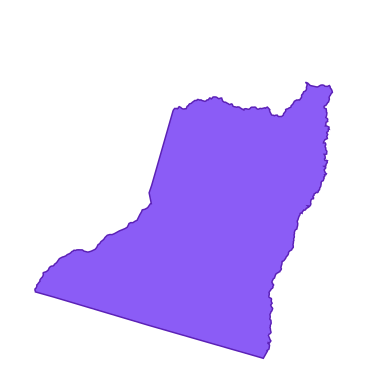 the district of Amarante do Maranhão, Maranhão, Brazil, rotated 196°
{"feature_id": "56859067B54361622424069", "entity_name": "Amarante do Maranhão", "entity_type": "district", "adm_level": 2, "iso_a3": "BRA", "parent_name": "Brazil", "parent_adm1": "Maranhão", "projection": "mercator", "projection_center": [-46.679, -5.381], "detail": "fine", "context": "isolated", "style": "filled", "palette": "violet", "viewbox_px": 384, "rotation_deg": 196, "n_neighbors": 0, "source": "geoboundaries", "source_scale": "gbopen_adm2", "svg_char_len": 5829}
<svg xmlns="http://www.w3.org/2000/svg" viewBox="0 0 384 384"><g transform="rotate(196 192 192)"><path d="M80.8,90.5L81.9,90.9L82.3,91.6L82.2,92.4L82.5,93.9L83.4,95.8L83.1,96.9L83.0,98.7L82.5,99.6L82.3,102.1L82.8,102.8L83.7,103.3L85.2,105.0L84.3,107.2L85.5,108.4L85.9,109.6L86.0,110.8L86.4,111.5L87.4,111.6L88.1,111.9L89.1,112.2L89.5,113.2L89.4,114.3L89.7,115.6L90.3,116.8L89.8,118.3L89.3,119.5L89.0,120.7L88.1,121.7L87.9,122.7L88.3,123.5L87.9,124.6L88.2,125.6L89.3,125.8L89.5,126.6L90.3,127.2L90.4,128.3L89.8,131.2L89.0,132.0L89.0,133.4L88.9,134.4L88.9,135.5L88.7,136.4L88.1,136.9L87.7,137.8L87.0,138.2L86.4,139.0L85.6,139.6L85.5,140.8L84.9,141.8L84.9,142.8L85.7,143.8L85.8,145.7L85.7,147.3L86.2,150.1L85.1,150.9L84.5,151.9L83.7,154.1L83.6,155.4L82.6,157.5L82.3,158.6L82.3,159.5L82.6,160.6L81.8,162.3L80.3,163.8L80.0,165.4L79.4,166.5L79.7,167.8L80.4,169.3L80.5,171.1L80.9,172.2L80.7,173.3L81.5,175.4L81.2,176.2L81.3,177.2L82.1,178.9L82.0,180.1L82.5,181.5L82.4,183.5L81.9,184.5L81.0,185.3L81.2,186.9L81.2,188.6L81.6,190.8L82.6,192.4L82.8,193.5L82.5,194.4L82.5,197.0L82.3,198.6L82.0,199.6L82.1,201.3L81.2,202.0L80.3,201.9L80.6,202.9L80.1,204.0L79.7,205.4L78.5,205.6L77.8,206.6L77.7,207.8L76.9,208.3L75.9,209.4L76.5,210.1L77.2,210.5L76.1,210.7L75.4,210.2L74.8,211.1L74.4,212.4L74.5,213.6L75.0,214.3L75.2,215.1L75.4,216.8L75.2,217.8L74.4,218.6L73.4,219.0L73.5,219.9L74.4,220.5L74.4,221.5L73.8,222.4L74.1,223.7L73.0,224.9L72.5,225.9L71.3,226.0L70.6,227.0L70.9,228.3L70.1,229.1L70.1,230.0L70.3,231.2L70.0,232.1L69.8,232.9L70.1,235.6L70.5,236.3L70.4,237.5L70.0,238.2L69.0,239.1L68.9,240.1L69.0,240.8L68.8,241.8L69.5,242.6L68.8,243.5L68.9,244.4L69.3,245.1L68.2,245.4L67.8,246.6L68.9,247.0L69.5,247.6L70.0,248.3L70.5,248.8L71.1,249.8L70.1,251.8L70.3,252.6L72.0,253.1L71.1,253.5L70.5,254.1L70.8,255.5L70.1,257.6L70.6,258.5L70.4,259.4L71.5,259.5L72.7,259.0L73.4,259.5L73.8,260.3L73.2,261.3L73.9,263.0L74.5,263.9L75.3,264.6L73.9,265.0L73.0,265.7L73.4,266.8L73.4,267.9L73.9,268.7L74.8,269.3L75.3,270.0L75.5,271.2L76.5,272.1L76.7,273.2L76.4,274.1L76.6,274.9L77.4,275.9L79.2,275.4L79.3,276.7L78.9,277.6L78.7,278.9L76.6,280.7L77.2,281.8L77.8,282.2L77.4,284.8L78.6,285.6L79.0,286.5L78.3,287.2L77.8,288.2L78.1,289.2L78.3,290.3L77.5,290.3L78.1,291.1L78.1,292.1L79.0,292.3L80.8,292.6L82.0,292.3L81.9,293.8L82.2,294.8L82.3,296.0L81.0,297.2L81.5,298.2L81.6,299.4L82.3,299.9L83.9,300.5L83.7,302.6L84.1,305.3L84.8,305.8L85.1,307.0L86.0,309.0L87.1,309.0L88.1,309.3L88.6,310.4L88.4,311.3L87.2,312.1L86.4,314.4L86.3,315.3L85.6,316.1L85.5,319.0L85.9,319.9L86.3,320.6L86.1,322.3L85.7,323.1L85.3,325.1L84.5,326.4L85.1,327.6L85.9,328.7L86.5,329.3L87.5,329.9L88.4,331.5L89.3,332.2L91.0,330.8L93.4,330.3L94.6,330.9L95.7,330.9L96.6,330.7L97.8,330.1L98.6,329.3L99.2,328.6L100.0,327.8L100.8,327.4L107.0,327.0L108.0,327.1L110.8,328.6L113.2,328.8L111.1,327.4L110.8,326.4L110.9,325.2L110.8,323.7L110.3,322.8L110.3,321.8L110.7,320.7L111.2,320.0L112.3,319.1L112.6,316.7L113.2,315.9L113.3,315.1L112.8,313.3L112.9,312.5L113.5,312.0L113.5,311.0L114.0,310.1L114.8,310.0L115.8,309.5L117.0,309.2L117.5,308.5L118.6,307.5L119.3,304.3L120.5,302.2L120.3,301.0L121.0,300.2L121.9,299.6L122.3,299.0L123.1,298.2L124.2,297.7L124.7,297.0L124.2,295.7L125.5,292.6L125.5,290.9L126.1,290.0L127.0,289.1L127.8,289.0L129.4,288.4L130.3,288.6L131.2,289.4L132.2,289.1L133.0,288.7L134.0,288.0L134.9,288.2L136.4,287.9L137.2,288.4L137.7,289.1L138.7,290.0L139.9,291.6L139.9,292.6L142.9,294.4L144.0,293.6L144.4,292.8L145.4,292.9L148.1,291.3L149.0,291.3L150.0,290.9L150.8,290.0L151.9,289.7L153.1,290.2L154.2,291.0L155.6,290.8L156.6,290.3L157.8,290.1L158.7,289.4L159.2,288.2L159.8,287.5L160.8,287.0L162.8,287.0L163.6,286.8L164.7,286.2L164.7,285.1L165.5,285.2L166.2,285.6L167.0,285.5L167.8,285.9L168.8,286.1L169.6,286.6L171.4,286.5L172.3,285.8L173.3,285.8L175.2,285.6L176.6,286.0L177.0,286.8L177.7,287.5L178.6,287.5L179.1,287.0L179.7,286.5L180.6,286.5L182.0,287.0L183.4,287.2L184.4,287.6L185.7,287.2L187.6,287.9L189.4,290.5L190.5,290.1L191.4,289.4L192.1,289.1L193.2,289.4L194.5,289.9L195.8,289.8L197.3,289.4L198.3,288.7L198.5,287.6L199.2,286.8L200.0,287.3L201.0,287.2L201.7,285.2L203.1,284.5L203.5,283.6L204.5,282.7L207.8,282.7L208.8,283.1L209.7,282.4L211.1,282.7L212.3,282.4L212.7,281.3L214.6,280.7L215.7,279.2L216.4,278.4L217.0,277.2L217.7,276.6L218.5,276.2L219.1,275.3L219.3,273.9L220.0,273.5L220.4,272.6L220.4,271.2L220.7,270.3L221.6,270.2L222.3,269.7L223.2,269.4L224.2,269.4L225.1,269.6L226.1,270.2L227.8,270.5L228.4,269.6L228.4,268.6L229.1,267.9L229.8,268.1L230.5,267.7L231.5,267.7L232.0,266.9L232.5,265.5L232.6,264.5L232.6,187.4L233.0,179.4L227.9,169.6L228.7,169.4L229.8,166.1L230.3,164.7L232.4,162.5L234.9,161.1L235.1,158.9L235.9,155.8L237.0,149.7L238.8,148.1L240.4,146.2L242.5,145.7L243.9,144.3L244.1,142.5L244.6,140.2L246.3,138.4L248.4,136.7L251.1,134.6L255.1,130.6L257.1,129.0L259.2,128.5L261.5,127.1L263.1,124.3L263.8,122.0L265.9,119.1L266.5,116.9L267.8,115.5L268.3,112.5L269.2,110.3L272.6,107.3L275.5,105.5L279.6,105.4L280.8,105.9L281.6,106.1L285.6,105.0L286.8,104.6L287.9,103.7L289.4,103.5L290.1,102.4L291.0,101.7L292.0,99.8L293.1,98.7L294.7,97.4L295.6,95.9L297.5,94.4L298.6,93.8L301.1,91.4L302.7,86.7L304.3,84.6L304.6,83.2L305.4,82.5L306.9,81.9L308.1,80.4L308.4,79.5L308.5,78.4L308.8,77.1L310.2,75.2L311.3,74.5L312.7,73.5L312.6,72.4L312.1,71.5L312.1,70.6L312.3,69.7L312.5,68.7L313.0,68.0L313.8,66.1L313.9,65.2L313.5,64.4L314.5,62.2L315.0,60.7L315.6,59.8L315.3,59.1L315.2,58.2L315.3,57.4L315.5,56.5L316.2,55.5L315.9,54.3L315.4,53.8L315.0,52.8L295.9,52.9L197.1,51.9L77.6,51.8L75.7,59.7L76.2,60.3L74.8,61.9L74.8,63.1L75.2,66.1L76.2,67.1L77.3,67.5L77.3,68.3L76.0,68.0L75.5,69.4L75.1,70.6L76.5,71.8L77.3,73.0L79.0,75.1L78.7,76.6L77.9,77.3L77.3,78.6L77.8,79.8L78.3,80.5L79.1,82.4L79.7,83.1L79.6,84.1L80.0,85.3L79.7,87.6L80.8,90.5Z" fill="#8b5cf6" stroke="#5b21b6" stroke-width="1.5"/></g></svg>